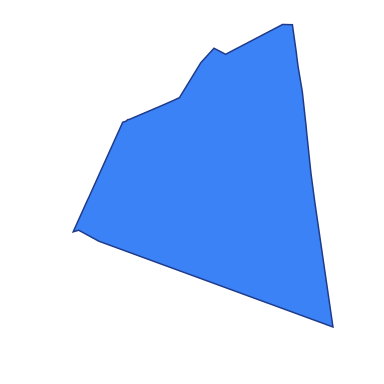 outline of Cabarrus, North Carolina, United States of America, rotated 82°
{"feature_id": "52423323B48956333130626", "entity_name": "Cabarrus", "entity_type": "district", "adm_level": 2, "iso_a3": "USA", "parent_name": "United States of America", "parent_adm1": "North Carolina", "projection": "orthographic", "projection_center": [-80.633, 35.346], "detail": "fine", "context": "isolated", "style": "filled", "palette": "blue", "viewbox_px": 384, "rotation_deg": 82, "n_neighbors": 0, "source": "geoboundaries", "source_scale": "gbopen_adm2", "svg_char_len": 567}
<svg xmlns="http://www.w3.org/2000/svg" viewBox="0 0 384 384"><g transform="rotate(82 192 192)"><path d="M345.3,71.2L219.5,71.8L189.9,71.6L149.5,70.2L143.8,69.9L108.2,68.8L82.5,69.5L71.6,69.4L69.6,69.3L40.3,69.3L38.7,79.0L60.3,139.6L52.7,150.2L65.1,165.2L96.8,191.3L99.0,198.4L99.4,199.9L103.6,215.1L110.0,238.9L111.4,243.8L111.4,245.5L111.5,245.8L111.7,246.0L112.1,246.5L112.4,246.9L112.9,248.5L113.2,250.5L113.3,250.9L155.5,277.6L182.6,294.7L186.5,297.3L214.9,315.2L214.1,309.5L227.8,291.1L345.3,71.2Z" fill="#3b82f6" stroke="#1e3a8a" stroke-width="1.5"/></g></svg>